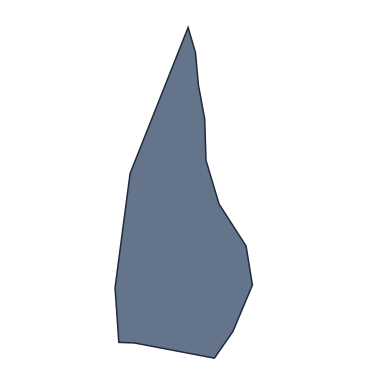 outline of Liechtenstein, rotated 5°
{"feature_id": "LIE", "entity_name": "Liechtenstein", "entity_type": "country or territory", "adm_level": 0, "iso_a3": "LIE", "parent_name": "Europe", "parent_adm1": "", "projection": "mercator", "projection_center": [9.547, 47.164], "detail": "fine", "context": "isolated", "style": "filled", "palette": "slate", "viewbox_px": 384, "rotation_deg": 5, "n_neighbors": 0, "source": "natural_earth", "source_scale": "50m", "svg_char_len": 346}
<svg xmlns="http://www.w3.org/2000/svg" viewBox="0 0 384 384"><g transform="rotate(5 192 192)"><path d="M228.8,355.6L147.5,347.4L132.2,348.2L123.7,294.2L128.7,179.0L173.8,28.4L183.4,53.1L189.0,84.6L198.3,118.2L203.2,159.3L220.0,201.6L250.6,241.2L260.3,279.4L244.9,327.4L228.8,355.6Z" fill="#64748b" stroke="#1e293b" stroke-width="1.5"/></g></svg>